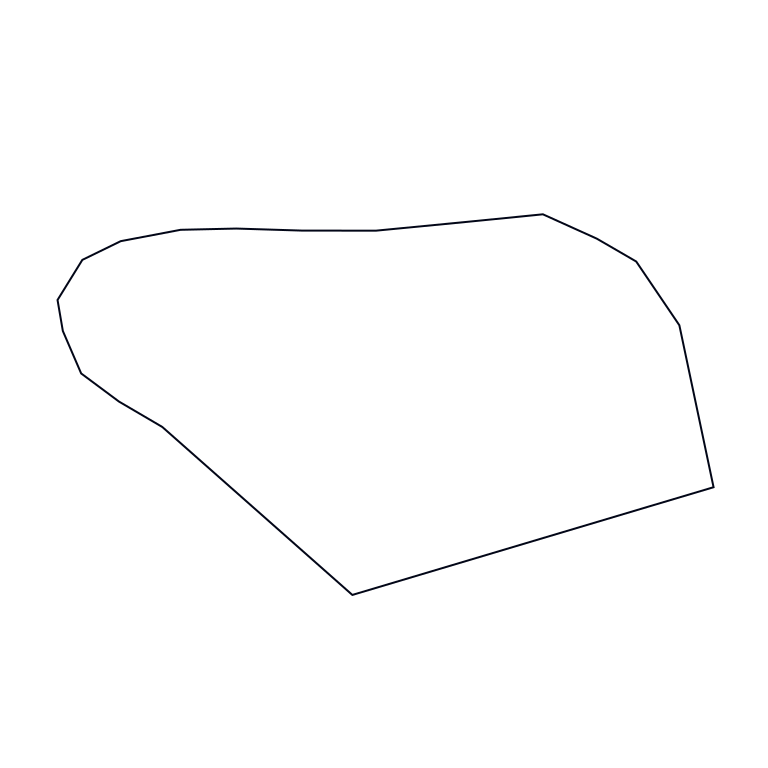 an SVG outline of Bujumbura Mairie, rotated 257°
{"feature_id": "BDI-3364", "entity_name": "Bujumbura Mairie", "entity_type": "Province", "adm_level": 1, "iso_a3": "BDI", "parent_name": "Burundi", "parent_adm1": "", "projection": "natural_earth1", "projection_center": [29.344, -3.441], "detail": "fine", "context": "isolated", "style": "outline", "palette": "ink", "viewbox_px": 768, "rotation_deg": 257, "n_neighbors": 0, "source": "natural_earth", "source_scale": "10m", "svg_char_len": 403}
<svg xmlns="http://www.w3.org/2000/svg" viewBox="0 0 768 768"><g transform="rotate(257 384 384)"><path d="M209.3,681.9L185.6,305.7L294.4,228.0L392.0,158.3L426.5,121.8L462.4,91.3L507.9,83.0L539.3,84.8L572.8,118.0L582.4,159.6L580.0,220.5L568.7,275.0L551.9,338.7L535.2,410.7L523.2,502.2L513.6,577.0L477.7,624.1L446.6,657.3L374.8,685.0L209.3,681.9Z" fill="none" stroke="#020617" stroke-width="2"/></g></svg>